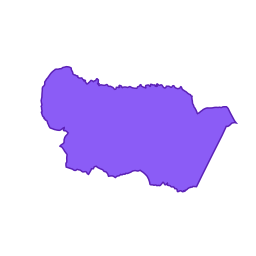 Derre, Zambezia, Mozambique, rotated 296°
{"feature_id": "85939544B72257349680566", "entity_name": "Derre", "entity_type": "district", "adm_level": 2, "iso_a3": "MOZ", "parent_name": "Mozambique", "parent_adm1": "Zambezia", "projection": "mercator", "projection_center": [36.148, -17.057], "detail": "fine", "context": "isolated", "style": "filled", "palette": "violet", "viewbox_px": 256, "rotation_deg": 296, "n_neighbors": 0, "source": "geoboundaries", "source_scale": "gbopen_adm2", "svg_char_len": 5706}
<svg xmlns="http://www.w3.org/2000/svg" viewBox="0 0 256 256"><g transform="rotate(296 128 128)"><path d="M186.7,159.7L188.1,158.1L188.3,157.7L188.3,157.4L187.9,157.2L186.6,157.1L186.1,156.7L185.6,156.0L185.2,155.6L185.0,154.7L184.9,152.9L185.3,151.9L185.9,151.1L186.0,150.4L185.6,149.8L185.2,149.6L184.4,149.5L183.6,149.2L183.3,148.8L183.5,147.1L183.4,146.2L182.4,144.2L182.2,144.1L181.3,144.3L180.7,144.1L180.1,143.6L180.0,142.7L180.1,142.1L180.8,140.7L181.3,140.0L181.4,139.3L181.3,138.8L181.1,138.5L180.3,137.8L180.0,137.2L180.1,136.6L180.5,135.1L180.3,134.8L179.9,134.6L178.9,134.6L178.8,134.8L178.8,135.6L178.5,135.9L178.1,135.7L177.8,135.2L177.6,134.6L177.6,134.0L178.1,133.6L178.3,133.2L178.3,132.8L177.9,132.1L177.6,131.4L177.6,130.4L177.4,129.7L177.1,129.2L175.8,129.8L175.5,129.8L175.1,129.7L175.0,129.4L175.5,128.3L175.6,127.5L175.5,127.2L174.4,125.8L174.0,125.4L173.7,125.4L173.0,125.6L172.2,126.3L171.8,126.3L171.7,125.2L171.4,124.3L171.5,123.4L171.5,121.7L171.8,121.3L172.4,120.9L172.5,120.6L172.4,120.2L172.1,120.0L171.0,119.9L170.6,119.8L170.0,119.4L169.2,118.6L167.8,118.6L167.5,118.4L167.2,117.9L167.0,117.2L166.6,116.4L166.0,114.1L166.1,111.7L165.9,111.3L164.3,110.0L164.1,109.3L163.9,108.2L163.4,107.0L162.4,105.6L161.8,105.2L161.9,104.7L162.6,103.9L162.8,103.6L162.7,101.8L162.2,101.5L161.7,101.5L161.3,101.9L161.1,102.4L160.9,102.6L160.7,102.5L160.4,102.1L159.7,100.1L159.4,99.7L158.2,100.0L157.6,99.9L157.3,99.7L156.9,99.2L157.1,98.3L157.8,96.7L157.8,93.9L157.6,93.4L157.1,92.8L157.0,92.2L157.2,91.4L157.7,90.6L157.8,90.0L157.5,89.5L156.5,88.8L155.8,87.7L154.9,84.6L154.2,84.0L153.7,83.7L153.5,83.3L154.0,82.7L155.1,82.6L155.1,82.4L154.9,82.1L154.4,81.7L154.5,81.3L155.3,81.4L156.1,81.3L157.0,80.8L157.7,80.6L158.1,80.4L158.3,80.1L158.5,79.1L158.7,78.9L158.7,78.6L158.5,78.3L158.1,78.2L157.0,78.1L156.4,78.0L156.1,77.7L155.4,76.9L154.6,76.7L154.5,76.2L154.8,74.7L154.6,74.0L154.4,73.8L152.3,73.2L151.3,72.7L150.5,72.5L149.9,72.2L149.6,71.6L149.8,71.0L150.6,70.0L150.8,69.3L151.1,69.0L151.8,69.0L152.0,68.8L151.7,68.3L151.1,67.8L151.1,67.6L151.4,67.5L151.9,67.6L151.8,66.1L152.7,64.7L152.5,64.0L151.7,62.9L151.5,61.7L151.7,60.6L152.4,60.3L152.7,60.0L152.6,59.4L152.3,58.7L152.5,57.4L152.2,56.4L152.5,54.7L152.9,54.4L153.8,53.9L155.6,51.5L156.9,50.7L157.1,50.3L157.0,48.3L156.6,47.0L156.1,45.7L154.8,44.2L153.9,43.0L153.3,42.6L152.5,42.3L152.1,42.0L151.4,40.8L150.1,39.3L149.6,38.0L148.8,36.9L147.7,36.6L147.0,36.1L144.6,35.1L143.2,34.7L139.1,34.0L138.0,33.9L136.4,33.4L132.9,33.0L132.2,33.3L131.4,33.7L130.4,34.1L129.4,34.0L128.6,33.8L127.3,33.3L125.8,33.7L124.2,34.5L121.1,35.7L117.9,37.1L114.6,37.9L113.1,38.9L111.5,40.2L110.8,40.5L109.3,40.5L108.5,41.4L107.1,42.1L105.6,43.3L105.0,43.4L104.3,43.2L104.1,43.3L104.1,43.7L103.5,43.9L101.5,45.8L101.0,46.6L100.6,48.1L100.3,48.3L99.7,48.4L99.7,49.2L99.0,50.2L99.0,51.7L98.6,52.4L98.0,53.0L97.2,53.6L96.0,55.2L95.3,55.8L94.2,57.5L94.0,57.9L94.0,58.8L94.2,60.1L94.4,62.6L94.7,63.7L95.0,65.1L95.7,67.1L96.1,67.8L96.5,68.1L98.4,69.3L99.7,69.8L100.4,70.5L99.8,70.8L97.9,70.9L97.6,71.2L97.5,71.9L98.1,72.6L98.2,73.0L98.0,73.8L97.8,75.0L97.5,76.1L96.8,76.3L96.1,76.3L93.5,75.5L91.8,75.3L89.5,75.7L87.1,76.8L86.7,76.8L86.3,76.8L85.3,76.4L83.5,75.3L82.1,74.8L81.8,74.8L81.7,75.4L82.0,76.3L81.5,77.7L80.3,79.8L79.4,81.1L77.5,84.8L77.2,85.0L75.9,85.4L74.1,86.1L71.5,87.5L70.3,87.9L69.4,87.7L68.9,87.8L67.2,88.6L65.8,89.6L66.7,96.4L66.4,97.5L66.5,98.5L66.6,98.9L67.1,99.7L68.2,100.1L68.6,100.7L68.7,101.5L69.2,103.5L69.0,104.9L68.8,105.3L68.7,106.6L68.9,107.0L70.0,108.6L70.2,109.2L70.1,110.1L69.1,111.5L69.0,112.8L69.5,112.9L74.3,113.2L75.1,113.0L75.5,113.2L75.8,114.1L76.3,114.8L77.0,114.6L78.2,114.7L78.9,115.2L79.7,116.3L79.3,117.5L79.2,118.4L79.2,121.3L79.4,123.2L79.1,124.3L78.7,124.9L78.5,125.8L78.8,126.5L78.8,128.1L77.6,130.2L77.0,130.8L76.4,131.2L76.1,131.7L77.5,133.7L78.1,135.0L78.2,136.4L77.9,138.3L80.0,139.3L81.0,140.7L81.6,141.3L83.0,141.7L83.2,143.1L84.4,143.9L84.6,144.3L85.2,145.6L86.2,145.8L86.9,147.5L89.7,150.0L91.1,150.8L91.9,151.7L92.7,152.8L93.1,153.7L93.4,155.1L93.8,156.0L94.9,157.0L95.4,157.7L95.1,158.6L94.8,161.0L94.2,163.2L93.3,165.7L92.9,166.5L91.2,168.8L89.1,170.9L87.5,172.1L87.1,172.4L86.9,172.9L87.0,173.5L87.8,175.3L87.9,176.4L88.8,177.6L89.0,178.2L88.8,179.0L89.1,179.6L89.8,180.7L90.1,181.8L90.8,182.3L94.5,183.2L94.6,183.5L94.3,184.3L93.6,185.3L93.2,186.2L93.4,186.6L95.6,187.6L95.3,187.9L94.4,187.9L94.1,188.1L94.0,188.3L94.0,189.2L94.6,191.0L94.5,191.4L94.2,192.1L94.1,192.7L94.3,193.4L94.9,194.2L94.9,195.0L94.7,195.8L94.0,196.6L94.1,197.0L94.5,197.6L94.5,198.4L94.1,199.2L93.0,199.8L92.6,200.4L93.1,201.4L93.4,201.6L93.8,201.6L94.2,202.2L94.6,202.6L94.8,203.5L94.6,204.7L94.8,205.4L95.0,205.5L95.9,205.5L96.0,205.9L95.9,206.7L96.0,206.8L96.4,206.9L96.7,206.8L96.8,206.7L97.1,206.7L97.3,207.2L97.4,207.3L97.9,207.4L98.3,207.8L98.9,208.1L99.8,208.3L100.6,208.9L101.3,209.3L101.7,209.7L102.0,210.3L102.4,210.3L102.9,211.5L103.9,211.9L105.3,215.3L117.8,215.3L141.8,215.5L162.8,215.8L172.6,215.6L173.2,217.0L173.5,217.2L174.7,218.0L176.4,218.7L177.3,218.9L178.1,219.4L179.6,221.4L180.0,223.0L180.8,221.3L181.3,220.4L186.4,213.3L189.4,209.5L189.9,208.4L190.2,207.4L190.2,207.0L188.7,204.1L187.5,203.1L187.2,202.7L186.8,201.1L186.0,200.1L185.2,198.1L184.3,196.6L182.9,194.8L181.6,192.3L180.7,190.3L180.1,189.6L179.4,188.9L177.6,187.5L176.4,187.0L174.4,185.9L173.2,185.5L171.4,184.2L171.7,183.6L172.6,182.8L173.8,181.4L175.3,179.3L176.0,177.9L177.1,177.0L178.3,175.3L180.8,173.8L181.5,173.2L183.8,171.8L184.6,171.7L184.6,170.6L184.7,170.2L185.2,169.7L185.3,169.4L185.2,168.1L185.3,166.9L186.1,164.0L186.1,162.5L186.4,161.3L186.4,160.3L186.7,159.7Z" fill="#8b5cf6" stroke="#5b21b6" stroke-width="1.5"/></g></svg>